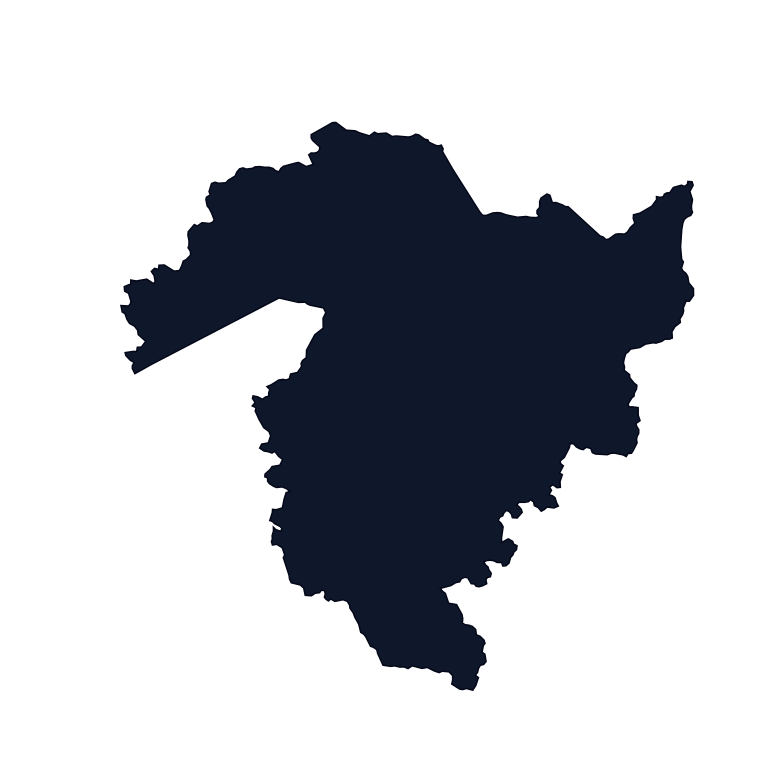 the district of Ecoporanga, Espírito Santo, Brazil, rotated 285°
{"feature_id": "56859067B32250537499863", "entity_name": "Ecoporanga", "entity_type": "district", "adm_level": 2, "iso_a3": "BRA", "parent_name": "Brazil", "parent_adm1": "Espírito Santo", "projection": "robinson", "projection_center": [-40.825, -18.235], "detail": "fine", "context": "isolated", "style": "filled", "palette": "ink", "viewbox_px": 768, "rotation_deg": 285, "n_neighbors": 0, "source": "geoboundaries", "source_scale": "gbopen_adm2", "svg_char_len": 6171}
<svg xmlns="http://www.w3.org/2000/svg" viewBox="0 0 768 768"><g transform="rotate(285 384 384)"><path d="M124.9,551.2L126.3,547.6L129.6,549.0L133.8,548.9L137.2,549.8L138.9,552.9L142.4,554.4L149.1,551.4L150.4,548.2L157.1,547.6L159.6,548.7L162.5,546.9L165.2,542.1L165.7,538.1L170.6,536.1L172.7,532.1L173.0,528.5L172.5,524.7L173.3,521.6L177.7,520.8L181.4,519.1L189.7,511.2L189.0,503.1L197.6,497.5L198.9,494.3L201.1,491.2L206.6,500.8L210.7,504.7L212.5,508.3L215.9,509.1L218.2,512.1L218.5,515.1L213.7,519.9L214.2,523.1L212.5,525.3L212.7,528.2L214.6,531.4L217.7,534.9L221.3,533.1L223.8,533.9L225.4,536.7L228.9,536.6L231.6,533.4L234.2,531.8L235.6,528.8L238.2,526.5L240.2,529.2L241.2,532.0L241.7,535.5L240.9,539.5L242.0,543.8L238.9,545.9L240.1,549.0L243.4,551.1L249.2,551.2L252.4,552.8L255.1,552.9L258.2,554.8L262.2,554.4L262.9,550.7L265.3,549.0L266.6,544.1L261.4,538.8L265.4,537.4L276.9,536.0L279.7,533.3L281.8,529.6L285.3,530.3L287.4,532.8L290.0,533.1L293.3,534.5L293.4,537.5L291.4,540.7L288.1,542.6L289.0,547.3L295.9,550.7L298.5,549.0L300.3,546.5L301.6,543.6L304.6,544.9L306.2,550.8L307.8,554.1L310.2,555.4L308.8,559.0L305.4,560.7L304.5,565.0L301.8,568.8L304.3,571.4L307.4,573.4L308.2,580.2L311.2,584.0L313.9,581.5L318.5,578.6L319.6,575.8L319.8,572.0L324.6,573.3L327.3,570.6L330.4,573.3L328.6,577.9L329.8,581.1L335.3,579.3L342.6,579.7L343.3,576.6L351.4,578.4L352.6,575.5L355.1,574.0L359.8,577.2L370.5,579.5L374.3,579.2L375.4,582.4L373.0,586.1L372.1,589.8L372.1,593.3L375.3,595.9L375.2,600.5L371.6,603.0L371.1,606.4L373.5,618.0L375.8,621.2L376.9,624.6L377.4,633.2L376.6,636.7L380.0,637.7L381.2,641.0L384.0,641.9L392.7,643.7L395.4,642.4L398.4,642.0L402.3,642.8L405.8,641.9L408.6,639.0L411.0,637.6L414.9,640.8L419.5,637.7L427.0,635.6L426.2,629.6L425.2,626.7L427.8,625.0L434.8,627.0L436.8,628.6L440.2,628.2L444.5,629.2L448.2,628.6L449.7,625.2L453.7,619.8L456.7,618.7L459.4,612.5L462.7,611.9L466.5,609.8L470.8,609.5L475.9,609.7L478.4,611.7L481.5,613.1L485.5,621.7L490.2,626.3L493.4,633.1L493.9,636.2L497.1,641.3L500.0,643.7L501.1,648.0L503.0,650.6L509.1,648.6L514.7,650.2L520.1,654.3L523.4,653.0L528.6,654.5L532.1,654.5L535.1,653.4L542.2,654.3L543.0,657.6L549.7,660.1L556.3,658.2L560.6,652.2L566.3,649.7L568.8,647.3L570.7,643.3L572.8,641.4L579.4,641.6L581.4,639.3L593.1,635.0L610.4,631.6L617.2,631.0L620.7,631.5L623.9,633.7L626.3,636.7L629.6,637.6L631.9,636.1L635.4,634.9L641.9,634.3L649.2,629.6L656.0,631.2L659.1,629.2L658.3,625.1L655.5,625.4L652.7,623.3L653.0,619.8L648.7,612.6L642.7,610.5L641.8,607.7L639.9,605.7L637.1,605.3L635.8,602.4L635.5,598.7L632.6,599.6L625.1,596.7L615.4,587.1L612.0,581.2L608.4,581.9L604.2,584.7L599.0,581.5L593.8,579.8L591.1,577.6L589.8,571.7L588.5,568.8L582.2,563.6L580.9,560.9L582.7,557.8L582.9,554.4L602.9,516.0L602.3,513.0L603.2,510.0L603.8,503.0L602.7,499.7L609.3,495.4L609.7,492.2L604.2,487.5L600.6,487.1L594.9,488.6L591.3,486.9L588.2,487.7L586.0,490.9L584.1,487.8L582.9,482.6L582.6,477.9L579.6,469.7L579.0,458.0L579.5,452.5L578.9,449.1L577.4,444.9L573.2,439.0L572.5,435.6L574.8,432.2L608.8,395.3L623.6,380.4L626.4,380.3L629.6,377.5L627.9,374.7L628.0,371.2L629.2,364.9L631.1,363.1L631.0,360.0L633.6,353.2L633.5,350.0L630.6,346.9L628.9,343.8L626.7,331.5L625.2,327.8L627.0,321.3L624.1,313.0L624.8,309.6L619.9,305.7L620.3,295.3L621.1,290.6L619.4,281.8L624.2,269.8L623.1,266.5L606.0,249.1L602.8,250.0L600.8,252.0L596.3,260.7L592.7,261.0L590.3,259.3L589.0,256.9L588.3,253.8L585.9,252.0L577.8,258.7L573.9,252.6L575.9,244.2L574.4,241.1L568.2,230.4L565.4,228.5L561.8,227.7L562.0,223.9L563.5,221.0L563.6,217.0L562.5,212.9L561.8,207.5L560.3,203.1L558.3,201.2L555.9,195.2L556.3,192.0L554.5,188.8L550.7,187.0L546.4,186.4L540.7,180.9L537.5,179.2L535.1,172.3L535.2,168.6L533.0,165.5L524.6,165.2L521.7,167.2L518.4,164.1L515.9,164.3L510.1,167.2L508.6,169.5L504.4,173.3L498.6,177.5L496.1,176.7L493.9,173.9L492.7,166.5L488.3,162.8L488.9,159.5L480.5,155.5L477.2,156.0L472.0,158.5L467.5,159.7L464.9,159.5L462.1,162.6L458.4,163.8L452.8,160.6L450.8,158.3L445.7,158.0L440.6,157.0L438.7,152.0L442.1,141.0L440.5,135.9L436.4,136.5L436.3,132.4L432.5,130.1L429.2,133.9L423.8,136.4L421.3,135.5L423.9,127.7L419.4,118.1L418.9,112.5L415.0,113.5L410.9,107.9L406.5,109.5L405.5,113.8L398.5,118.1L395.7,118.3L393.2,117.0L391.7,109.6L385.8,112.5L384.9,115.6L380.0,118.9L376.6,122.6L375.3,128.0L372.2,132.1L368.1,133.8L363.6,142.8L356.9,140.1L355.6,136.2L351.4,136.7L350.6,133.4L347.3,125.8L344.6,127.3L341.2,132.9L340.2,137.0L336.3,136.2L333.8,136.9L329.5,140.7L343.3,154.9L439.9,260.3L440.7,280.4L442.6,286.6L441.4,289.4L441.0,292.1L441.8,305.8L437.9,309.3L431.7,308.1L422.2,310.8L413.7,304.4L396.7,300.4L389.3,302.1L385.6,299.2L382.5,298.6L379.4,299.8L372.7,297.4L369.5,291.2L364.7,291.2L362.6,288.6L362.3,285.2L360.7,281.4L353.9,275.1L351.2,271.6L349.1,275.1L345.8,274.9L342.2,275.7L340.9,273.0L337.8,270.5L338.9,265.5L338.7,260.6L336.1,260.6L332.7,264.3L328.7,262.4L328.0,266.6L324.6,266.6L317.4,272.5L310.7,279.2L308.3,285.2L304.7,287.9L297.2,287.5L294.3,281.4L289.9,280.5L288.2,285.5L288.6,289.8L288.3,293.7L290.6,296.0L286.7,301.1L284.9,305.6L278.6,304.4L275.3,297.2L271.9,296.1L266.3,292.4L263.5,292.9L263.2,295.8L259.9,296.8L258.1,299.2L256.6,303.9L256.2,306.9L258.2,312.2L257.7,316.8L255.8,320.9L253.8,317.6L246.9,317.3L238.0,317.9L234.6,312.2L234.1,308.8L230.8,309.4L222.6,309.0L222.3,311.9L220.8,314.3L219.5,320.4L218.2,322.8L214.9,322.3L215.4,317.1L217.1,314.2L213.4,315.3L208.5,315.2L205.2,316.3L202.7,316.0L199.6,317.9L201.4,321.9L199.5,328.1L193.2,332.3L190.2,331.7L174.8,341.7L171.0,343.3L168.0,345.9L168.2,355.1L166.2,359.2L159.5,362.6L160.7,368.8L164.1,371.7L165.7,375.7L168.6,376.9L169.0,380.1L165.9,381.6L162.6,381.6L161.0,383.8L160.1,386.5L162.6,388.2L161.3,392.8L165.0,400.2L164.6,404.8L161.4,408.0L158.6,409.2L155.1,413.4L151.2,416.2L145.4,421.8L138.1,425.8L137.0,429.4L134.9,432.0L127.2,438.8L126.9,442.2L125.5,445.8L122.1,447.6L112.1,455.8L113.0,463.6L114.5,467.3L114.6,472.2L115.9,476.8L115.3,480.8L119.1,484.2L119.1,494.2L121.4,499.2L119.8,507.0L119.5,512.0L121.6,514.5L122.8,521.2L120.1,525.7L116.0,526.9L111.7,527.1L108.9,536.0L109.2,539.1L111.2,542.4L111.2,549.0L116.5,550.7L124.9,551.2Z" fill="#0f172a" stroke="#020617" stroke-width="1.5"/></g></svg>